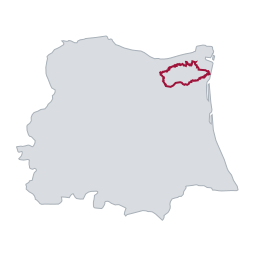 location of Me, Agnéby, Ivory Coast, rotated 271°
{"feature_id": "98640826B88194950838049", "entity_name": "Me", "entity_type": "district", "adm_level": 2, "iso_a3": "CIV", "parent_name": "Ivory Coast", "parent_adm1": "Agnéby", "projection": "natural_earth1", "projection_center": [-3.666, 5.937], "detail": "medium", "context": "in_parent", "style": "outline", "palette": "rose", "viewbox_px": 256, "rotation_deg": 271, "n_neighbors": 0, "source": "geoboundaries", "source_scale": "gbopen_adm2", "svg_char_len": 5260}
<svg xmlns="http://www.w3.org/2000/svg" viewBox="0 0 256 256"><g transform="rotate(271 128 128)"><path d="M55.2,36.5L56.1,36.5L58.4,35.7L60.5,33.9L62.5,30.3L65.1,27.3L68.1,27.5L68.9,27.0L70.0,26.9L71.2,28.8L72.5,30.3L73.4,30.3L74.0,33.1L79.4,34.3L81.7,35.1L83.7,37.1L84.4,37.2L85.2,36.8L85.8,36.0L86.0,35.3L85.1,33.4L85.5,31.7L86.4,30.3L87.8,30.2L89.9,29.7L92.3,29.7L94.1,30.0L94.8,28.5L94.1,24.3L94.3,22.0L94.6,20.1L95.3,19.3L98.0,21.7L100.4,22.6L102.2,22.7L102.7,22.2L101.9,19.6L102.1,18.8L102.8,18.3L103.9,18.0L107.1,16.9L107.4,17.2L108.0,21.4L107.7,22.7L108.3,25.6L109.1,28.2L109.1,29.3L108.4,31.0L107.6,32.5L107.7,33.1L108.9,34.1L111.3,35.2L113.8,35.4L115.2,33.9L116.6,32.6L117.6,31.5L118.0,29.8L119.5,28.6L124.0,27.1L128.1,26.9L129.1,27.3L131.0,29.7L133.4,31.2L136.9,31.0L139.6,32.0L141.8,33.8L143.3,37.7L145.0,40.6L145.7,44.6L148.3,46.8L150.3,47.7L153.1,50.7L156.0,52.2L159.0,51.8L160.4,53.4L162.6,54.5L164.8,54.5L166.7,51.1L169.3,49.8L175.9,47.1L178.4,45.9L181.0,45.1L187.3,44.8L193.2,45.7L196.0,46.3L198.0,45.8L199.9,47.5L201.9,50.8L203.5,51.9L205.1,53.1L206.3,55.8L207.7,58.4L208.5,59.6L210.2,62.2L211.7,62.3L213.2,61.1L213.9,60.3L214.1,62.0L213.6,64.8L213.7,66.5L214.5,67.2L214.1,69.4L212.3,73.2L212.3,75.5L214.0,76.2L215.3,78.6L216.0,82.7L216.7,84.0L216.8,84.9L218.0,94.7L219.6,104.6L218.6,105.9L217.3,106.3L216.4,106.8L216.2,107.7L216.7,109.1L216.4,110.3L214.7,111.1L211.1,114.3L210.8,115.5L209.9,118.2L209.1,119.9L207.9,122.9L206.0,130.9L205.3,137.6L205.2,139.6L204.5,141.1L203.6,143.1L199.7,148.8L197.7,153.5L198.0,155.5L198.0,157.6L197.5,159.0L197.6,163.0L198.0,166.3L198.8,169.5L201.6,178.6L203.1,184.2L204.0,188.7L204.8,191.7L205.6,192.9L205.9,194.1L210.2,194.9L211.0,195.6L212.2,201.4L212.0,204.0L211.1,205.0L211.1,207.3L211.0,210.0L210.3,211.1L208.0,211.3L206.3,212.3L204.2,211.9L204.0,211.2L202.9,211.0L199.7,209.4L200.2,204.3L198.8,204.1L197.6,204.8L195.4,210.9L194.3,211.9L178.6,208.8L175.2,206.2L171.1,205.7L164.0,206.0L158.1,206.7L156.4,208.2L171.3,207.3L172.9,207.5L173.6,208.4L154.8,210.4L147.7,211.6L145.6,211.3L143.9,209.4L136.2,209.1L134.6,209.8L133.6,211.2L136.7,210.9L141.5,210.8L142.8,211.9L127.7,213.3L117.2,216.1L112.7,218.1L98.1,224.8L89.2,227.9L86.8,229.1L82.8,232.3L77.5,234.4L71.7,238.2L68.1,239.1L67.3,237.8L67.2,231.4L66.7,222.7L66.9,219.4L67.4,216.2L67.4,213.7L69.2,212.7L69.7,211.6L69.9,208.2L71.6,205.2L71.6,199.8L72.1,198.7L72.5,197.3L71.8,193.8L70.9,187.2L70.4,186.7L70.0,187.0L69.1,187.1L65.4,184.8L62.6,184.4L60.6,182.5L60.5,180.3L59.5,179.0L58.9,176.4L57.9,173.4L55.1,171.7L52.5,171.2L50.6,171.6L48.4,171.5L45.9,170.5L44.2,169.4L42.5,167.2L41.0,165.5L39.8,165.7L38.3,165.3L36.9,164.5L36.4,163.9L42.5,157.1L44.6,153.7L44.8,151.6L44.8,149.6L45.5,147.4L45.7,144.2L42.4,132.4L41.5,128.8L40.6,127.7L40.0,127.3L41.7,125.8L44.1,126.2L47.7,127.4L48.5,126.2L51.2,120.3L51.1,118.1L50.9,116.5L52.5,112.5L53.7,110.9L54.4,109.2L54.2,106.9L53.2,106.0L52.0,106.2L50.5,105.6L48.2,104.3L47.0,103.1L47.4,97.7L47.6,96.0L48.4,95.1L49.7,94.8L53.3,94.7L56.1,95.3L58.7,95.6L60.0,95.6L61.1,97.2L62.5,98.8L63.8,98.8L64.3,97.6L64.0,92.3L63.2,89.5L61.2,86.8L56.2,84.5L56.1,81.3L56.6,77.8L57.7,76.5L61.4,74.2L60.8,73.1L59.6,71.8L57.3,70.5L57.8,66.3L57.9,62.6L55.9,63.0L53.9,63.2L52.2,62.0L50.7,59.8L50.5,53.5L50.5,46.3L50.2,43.1L50.8,41.4L52.6,39.9L54.5,37.8L55.2,36.5ZM202.2,212.0L201.4,213.4L197.4,212.5L198.3,211.3L202.2,212.0Z" fill="#d9dde1" stroke="#a8b0b8" stroke-width="1"/><path d="M176.5,194.7L176.9,196.9L177.3,196.9L178.4,198.4L178.5,199.0L179.1,198.7L179.4,199.6L179.6,199.6L179.9,200.3L179.6,200.6L179.7,201.2L180.3,201.7L179.7,203.0L179.9,203.5L180.2,203.7L180.1,203.3L180.5,203.2L181.1,203.6L181.4,203.4L181.8,203.7L181.9,204.2L181.7,204.7L182.3,204.9L182.4,205.6L183.3,206.0L182.9,207.7L183.3,208.4L183.5,208.2L184.1,208.4L184.8,207.4L185.7,207.7L186.3,207.2L186.0,206.1L187.1,204.5L187.6,197.6L189.0,197.5L190.2,196.6L190.0,196.0L190.8,196.1L191.2,195.6L192.0,195.5L192.3,194.5L193.4,193.8L194.1,193.8L194.8,194.3L194.6,193.7L195.1,193.5L195.8,191.2L193.6,190.9L193.6,190.6L192.0,190.4L191.6,190.0L192.0,189.2L191.7,188.7L191.8,188.4L192.7,188.7L192.9,186.9L193.2,186.1L194.3,186.2L195.1,185.5L195.1,184.9L192.9,185.4L191.1,184.8L191.6,183.8L191.5,182.8L192.4,182.4L192.5,181.4L192.9,181.2L192.1,179.9L192.4,179.4L192.0,179.4L191.8,179.2L192.0,178.6L192.7,178.3L192.2,177.2L192.4,176.9L192.7,176.9L192.7,176.5L191.8,174.7L191.2,174.8L191.4,175.5L190.9,175.6L190.8,174.8L190.1,174.0L190.3,173.1L191.0,173.4L191.3,173.2L190.5,172.5L190.4,171.3L189.5,170.2L189.6,169.5L189.2,169.3L189.4,168.4L188.6,167.7L188.3,168.4L187.4,167.7L187.0,168.1L186.5,167.3L186.3,166.1L185.9,165.9L185.7,166.3L185.2,166.1L185.1,165.5L185.5,164.7L185.1,163.1L184.7,162.8L184.8,161.8L183.9,161.2L183.9,160.5L184.3,159.6L184.0,159.2L183.6,159.3L183.0,159.9L181.9,159.7L180.8,161.3L179.9,161.8L179.3,163.0L178.3,163.0L177.7,162.3L176.0,162.8L175.5,162.2L172.9,164.1L172.3,164.8L172.0,164.4L170.6,165.2L169.9,169.9L171.3,172.5L173.9,174.8L174.7,179.4L174.2,181.0L172.9,182.1L172.3,183.4L172.2,183.8L172.7,184.2L172.8,184.8L172.2,186.4L173.2,188.0L174.7,188.5L175.1,190.6L175.5,190.6L175.7,190.3L176.2,190.5L176.1,191.0L176.8,191.8L176.4,192.8L176.5,193.0L176.3,193.2L176.8,194.4L176.5,194.7Z" fill="none" stroke="#9f1239" stroke-width="2"/></g></svg>